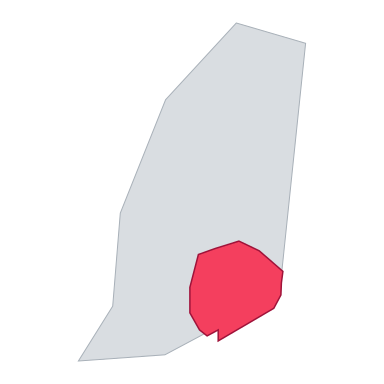 Grenada, with Saint David highlighted
{"feature_id": "GRD-5071", "entity_name": "Saint David", "entity_type": "Parish", "adm_level": 1, "iso_a3": "GRD", "parent_name": "Grenada", "parent_adm1": "", "projection": "robinson", "projection_center": [-61.661, 12.056], "detail": "fine", "context": "in_parent", "style": "filled", "palette": "rose", "viewbox_px": 384, "rotation_deg": 0, "n_neighbors": 0, "source": "natural_earth", "source_scale": "10m", "svg_char_len": 478}
<svg xmlns="http://www.w3.org/2000/svg" viewBox="0 0 384 384"><path d="M164.9,354.8L78.4,361.0L112.7,306.2L120.3,213.1L165.6,99.7L236.3,23.0L305.6,43.3L279.5,293.7L164.9,354.8Z" fill="#d9dde1" stroke="#a8b0b8" stroke-width="1"/><path d="M282.9,271.4L281.4,282.9L280.9,295.0L273.8,308.3L218.2,340.9L218.2,329.9L207.1,335.9L199.5,329.9L189.9,312.9L189.9,287.3L198.4,254.5L215.5,248.4L238.9,241.1L259.2,250.8L282.9,271.4Z" fill="#f43f5e" stroke="#9f1239" stroke-width="1.5"/></svg>